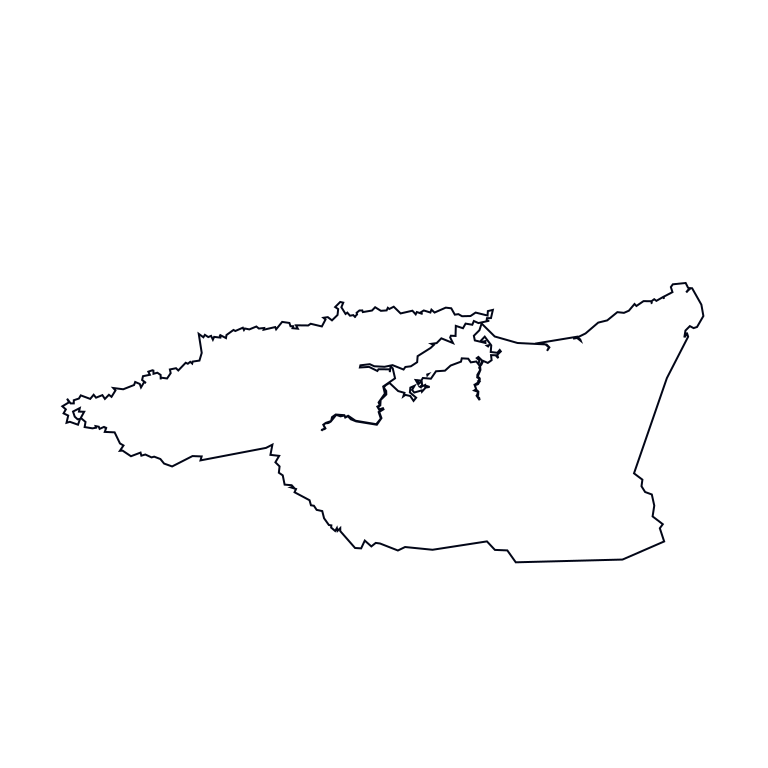 the district of West Coast, Tasmania, Australia, rotated 103°
{"feature_id": "25037944B97850876136128", "entity_name": "West Coast", "entity_type": "district", "adm_level": 2, "iso_a3": "AUS", "parent_name": "Australia", "parent_adm1": "Tasmania", "projection": "equal_earth", "projection_center": [145.455, -42.452], "detail": "fine", "context": "isolated", "style": "outline", "palette": "ink", "viewbox_px": 768, "rotation_deg": 103, "n_neighbors": 0, "source": "geoboundaries", "source_scale": "gbopen_adm2", "svg_char_len": 6109}
<svg xmlns="http://www.w3.org/2000/svg" viewBox="0 0 768 768"><g transform="rotate(103 384 384)"><path d="M528.1,215.5L501.4,112.1L474.4,75.6L462.5,82.8L457.9,80.8L452.6,92.5L441.7,93.3L431.4,98.2L430.5,105.3L425.7,110.1L419.1,110.7L414.8,120.3L314.6,109.7L269.5,98.3L266.5,100.1L266.8,101.0L268.5,100.7L270.2,101.4L270.2,101.9L264.1,102.3L258.8,99.0L259.9,94.9L258.0,91.8L245.9,88.1L235.3,92.6L221.4,105.3L221.8,107.9L222.0,107.3L222.5,107.3L223.6,108.1L224.3,108.8L224.4,109.1L224.6,109.1L225.0,109.0L226.0,109.6L225.9,109.8L224.4,109.1L222.1,107.4L221.8,109.4L217.7,112.8L221.9,125.0L225.0,126.3L229.6,123.6L236.1,131.2L237.9,130.3L236.5,131.7L241.7,137.3L240.6,139.8L243.1,141.9L244.6,141.4L244.7,141.5L243.2,142.2L244.9,149.8L251.2,155.6L249.7,157.9L257.5,161.9L260.7,166.2L261.5,172.8L271.8,180.8L276.0,189.1L289.4,199.0L295.2,206.1L296.4,202.9L297.7,202.0L295.7,206.2L297.3,209.9L294.0,205.3L310.7,245.9L309.3,239.5L309.0,234.4L311.1,231.1L315.0,232.6L311.1,231.5L309.1,235.6L314.0,263.1L312.8,286.8L303.1,302.5L310.1,303.1L316.8,307.3L321.1,305.3L321.2,294.4L319.4,294.9L320.9,298.0L319.8,299.2L315.2,296.5L322.2,288.2L328.8,287.2L328.1,280.6L324.8,278.9L326.0,277.5L330.1,280.2L333.1,278.5L330.9,281.7L331.8,286.2L336.6,284.5L340.1,287.6L339.2,292.5L343.3,293.5L344.9,294.4L348.6,293.2L356.4,294.5L356.3,293.0L356.6,292.4L357.6,291.8L358.8,291.6L359.8,292.6L360.2,291.5L362.9,292.3L363.8,293.5L364.4,295.4L368.5,292.9L368.8,292.9L369.2,293.3L370.0,294.5L369.4,291.7L369.6,291.2L370.5,290.3L373.6,289.8L374.7,290.9L376.2,288.1L378.2,287.2L374.7,291.0L370.5,290.4L370.0,294.6L368.4,293.0L364.4,295.6L360.3,291.6L359.9,292.8L357.5,292.0L356.6,294.6L354.1,295.1L348.6,293.4L346.8,294.9L339.2,293.5L336.4,298.1L337.9,299.4L339.5,296.4L343.5,296.4L341.3,299.1L343.4,304.3L340.4,307.6L341.5,314.0L344.9,314.0L351.0,323.2L357.3,327.6L359.9,336.2L368.3,339.5L369.4,347.5L372.3,348.4L373.0,354.0L376.2,351.0L374.1,351.3L375.5,349.8L372.9,347.9L377.6,346.2L375.7,343.7L377.2,343.3L376.3,342.2L376.6,338.9L378.1,342.6L383.0,345.3L381.8,345.9L385.5,352.6L383.5,355.3L378.9,353.9L381.6,357.5L386.4,356.9L390.1,349.6L393.8,351.4L389.8,355.7L389.8,360.7L391.7,362.4L388.0,362.1L387.7,368.6L381.7,378.9L384.9,382.1L387.5,383.5L390.3,380.3L393.7,379.4L400.3,383.7L405.7,382.8L407.6,384.6L409.8,382.8L407.8,379.6L408.8,378.8L412.3,382.4L417.8,378.8L425.3,381.8L426.7,402.8L425.8,408.5L423.5,411.9L425.4,414.2L423.6,415.5L425.3,419.1L424.8,423.6L432.7,427.5L434.4,429.3L435.0,430.6L435.4,432.2L437.5,433.8L440.4,431.1L441.2,431.7L442.4,433.7L443.6,434.4L442.6,434.2L440.5,431.4L437.3,434.0L435.0,432.0L432.0,427.2L428.0,427.2L424.6,424.2L423.3,415.6L425.0,414.2L423.0,411.8L426.2,403.5L424.9,382.5L418.4,379.3L412.5,382.9L408.5,379.3L410.3,382.8L407.5,385.4L405.7,383.3L403.2,385.1L393.1,381.0L386.6,384.2L376.0,374.5L366.8,379.0L365.4,381.5L371.1,381.0L368.4,381.7L370.9,392.7L372.8,393.4L370.7,402.4L373.3,411.2L371.1,411.2L367.9,402.3L368.9,397.5L367.1,387.3L363.7,379.9L365.5,368.2L362.6,367.0L360.7,361.8L355.3,356.6L349.3,357.5L338.4,346.7L334.8,344.3L334.2,346.9L332.3,341.9L326.6,338.4L328.6,326.0L323.8,330.0L321.9,329.7L321.1,325.1L311.2,327.1L311.9,319.6L306.8,318.1L306.4,311.3L302.4,310.6L303.4,305.7L298.7,295.7L299.1,298.3L296.7,298.5L295.7,294.6L287.3,294.6L289.6,299.2L294.0,298.5L293.8,310.8L298.3,315.0L300.4,323.2L299.2,327.2L300.5,330.6L295.1,335.5L295.7,341.0L303.0,350.8L300.9,354.5L303.9,354.9L303.4,361.8L306.4,364.8L306.4,363.6L306.7,363.1L307.0,363.1L306.5,368.2L309.0,368.8L306.2,372.8L311.5,383.7L306.5,391.9L309.7,395.7L308.9,397.4L311.7,398.0L313.4,403.5L311.2,409.9L315.1,412.2L318.7,420.8L317.2,421.7L317.9,424.5L320.8,426.7L322.3,425.9L324.4,427.2L324.9,427.2L325.1,427.2L325.2,427.3L323.8,429.4L325.1,432.5L322.7,435.8L324.4,437.2L318.8,442.8L313.9,442.0L313.9,445.1L320.0,448.9L321.3,445.5L327.2,444.8L333.7,449.0L331.5,453.8L333.1,457.9L334.4,455.5L341.9,457.5L341.8,469.0L344.0,471.0L346.6,482.9L349.5,480.4L350.2,485.7L348.1,485.5L348.7,488.1L345.8,489.9L346.4,497.2L355.0,501.4L353.0,502.8L358.2,513.5L356.4,513.4L358.1,518.4L356.7,521.3L361.1,527.5L361.2,532.0L362.9,532.6L360.9,534.2L365.8,540.8L365.2,542.8L371.7,548.5L374.8,548.3L373.2,554.5L373.9,554.7L374.2,554.3L374.9,554.4L375.4,553.8L375.6,553.8L376.3,560.1L379.3,560.7L376.0,563.3L377.8,565.8L376.4,569.6L379.1,570.5L376.8,575.8L394.7,568.6L402.7,569.1L405.2,575.5L407.2,575.5L406.0,577.8L408.4,579.7L407.9,582.0L417.1,587.5L415.4,590.2L418.0,595.9L421.4,594.3L427.4,596.6L428.0,603.0L429.8,602.6L425.4,603.7L424.0,607.4L425.9,610.9L422.8,611.7L422.7,612.7L425.0,616.4L427.7,614.2L430.6,620.6L434.5,620.6L436.5,616.2L436.3,618.2L442.0,620.0L438.9,622.0L438.0,626.9L441.2,627.3L447.8,636.9L448.8,646.9L450.7,644.2L457.8,646.6L456.4,649.6L461.3,652.6L458.2,655.9L462.1,661.5L459.8,664.5L464.6,666.9L463.3,676.9L466.8,678.0L469.6,682.6L472.7,681.9L473.4,685.0L469.6,689.5L472.7,686.8L478.1,692.4L480.3,688.3L484.7,689.6L485.8,684.6L493.2,684.6L491.5,681.6L492.5,673.0L486.4,672.3L487.3,674.6L485.4,678.0L480.8,680.8L475.9,675.0L479.5,675.0L478.5,669.9L485.3,671.8L488.1,666.3L493.3,666.0L492.8,658.1L491.4,654.8L489.9,655.6L489.8,652.3L491.7,651.0L488.8,647.2L489.2,645.7L490.4,645.1L488.8,644.9L488.5,644.7L493.5,645.3L491.7,635.6L501.3,627.9L502.5,624.0L508.5,626.3L507.7,623.8L511.3,614.3L505.6,605.8L508.4,604.3L506.4,600.7L507.8,594.0L506.5,591.6L507.4,585.0L511.0,580.4L512.0,571.9L497.3,554.4L495.6,545.4L499.7,545.6L472.8,484.6L468.2,479.1L478.6,478.7L477.6,470.0L484.7,472.2L487.8,467.2L494.1,466.5L495.8,462.1L504.4,458.2L503.4,451.2L504.7,449.3L505.7,451.3L506.1,446.1L509.6,446.8L514.0,430.4L518.6,427.9L518.4,424.9L521.8,421.3L521.7,415.6L528.3,412.2L533.8,406.0L533.6,403.5L535.8,403.2L538.2,398.5L535.0,397.5L537.6,396.3L534.3,394.2L537.2,393.5L550.3,375.3L549.3,369.3L540.9,367.5L545.1,359.8L540.7,356.3L540.3,352.0L543.1,333.0L538.1,326.8L534.6,299.4L514.2,248.3L520.7,238.6L518.4,226.4L528.1,215.5ZM322.5,290.4L323.5,292.3L324.0,291.0L322.5,290.4ZM378.6,348.4L378.9,347.4L377.5,347.4L378.6,348.4ZM364.4,343.0L365.0,344.0L365.7,343.7L364.4,343.0Z" fill="none" stroke="#020617" stroke-width="2"/></g></svg>